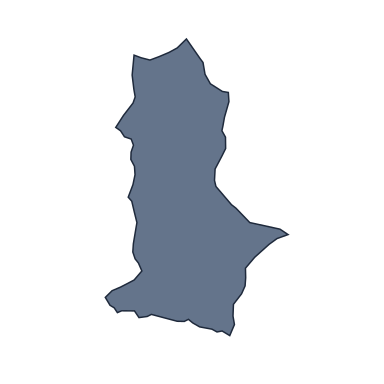 Dababa, Hadjer-Lamis, Chad, rotated 202°
{"feature_id": "50815135B80092252042653", "entity_name": "Dababa", "entity_type": "district", "adm_level": 2, "iso_a3": "TCD", "parent_name": "Chad", "parent_adm1": "Hadjer-Lamis", "projection": "equal_earth", "projection_center": [16.914, 12.314], "detail": "fine", "context": "isolated", "style": "filled", "palette": "slate", "viewbox_px": 384, "rotation_deg": 202, "n_neighbors": 0, "source": "geoboundaries", "source_scale": "gbopen_adm2", "svg_char_len": 1176}
<svg xmlns="http://www.w3.org/2000/svg" viewBox="0 0 384 384"><g transform="rotate(202 192 192)"><path d="M232.9,61.8L225.5,56.2L220.8,55.5L216.0,52.2L212.7,55.5L200.8,60.2L194.1,55.7L186.9,59.8L183.8,63.3L157.3,66.6L150.7,69.1L147.6,72.6L142.3,70.9L134.4,69.8L122.1,72.3L116.4,71.6L112.0,74.4L103.2,73.0L103.0,85.0L107.5,92.3L111.5,103.4L107.9,116.2L107.6,124.8L110.1,132.6L113.9,141.4L109.4,155.0L100.9,172.4L95.7,180.7L87.0,188.5L96.5,190.5L127.0,185.3L145.3,193.5L150.6,195.0L171.9,206.1L175.5,211.2L179.2,222.0L177.7,236.9L177.1,244.9L181.5,255.4L187.2,260.0L188.1,265.0L189.9,273.5L191.6,289.6L195.6,297.9L201.5,296.6L215.5,299.2L224.0,306.0L230.3,316.2L234.1,318.5L242.7,324.1L254.5,331.8L259.7,320.0L265.6,312.8L273.2,305.2L280.4,298.6L289.5,297.4L297.0,297.2L291.3,278.0L284.4,265.5L280.3,258.9L280.0,252.4L284.2,237.4L286.9,223.3L281.2,222.0L275.3,217.9L268.2,218.3L263.8,213.5L263.4,206.1L260.9,199.3L255.0,194.3L251.3,186.7L249.5,176.7L249.2,163.3L244.4,160.9L237.9,151.7L231.6,143.0L230.5,137.9L227.0,122.1L224.4,114.2L219.7,108.7L215.1,106.1L208.9,100.0L212.7,88.7L222.6,77.1L229.1,70.6L232.9,61.8Z" fill="#64748b" stroke="#1e293b" stroke-width="1.5"/></g></svg>